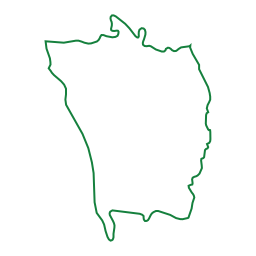 outline of Vaslui
{"feature_id": "ROU-316", "entity_name": "Vaslui", "entity_type": "County", "adm_level": 1, "iso_a3": "ROU", "parent_name": "Romania", "parent_adm1": "", "projection": "orthographic", "projection_center": [27.841, 46.485], "detail": "fine", "context": "isolated", "style": "outline", "palette": "green", "viewbox_px": 256, "rotation_deg": 0, "n_neighbors": 0, "source": "natural_earth", "source_scale": "10m", "svg_char_len": 2302}
<svg xmlns="http://www.w3.org/2000/svg" viewBox="0 0 256 256"><path d="M190.3,45.6L190.1,47.5L192.7,53.9L199.1,64.9L199.1,69.2L208.0,87.0L209.7,93.2L209.8,94.1L210.2,96.6L210.2,99.7L209.1,102.2L207.6,105.1L206.8,108.4L208.2,112.2L206.7,113.2L206.1,115.0L205.8,123.6L206.2,125.4L208.2,129.5L208.9,130.1L209.6,129.9L210.1,130.1L210.3,132.0L210.4,139.1L210.2,141.1L209.3,142.8L207.0,144.0L208.2,147.1L207.5,148.4L207.2,148.5L206.0,149.0L205.0,150.1L204.1,157.2L203.3,158.1L201.4,158.8L201.1,160.5L201.7,165.2L201.9,168.0L201.6,168.8L199.5,173.6L197.6,175.5L196.1,176.3L194.3,176.8L192.7,177.7L192.1,179.3L192.6,183.2L192.3,184.5L190.5,184.9L188.6,185.8L188.9,187.8L191.8,192.6L192.9,193.9L193.8,195.5L194.3,197.5L192.5,202.9L191.6,208.6L188.9,216.4L188.5,217.6L188.4,217.7L187.9,218.0L182.6,219.2L180.2,219.1L176.1,218.1L170.2,214.9L158.2,211.0L155.9,211.0L153.4,212.2L151.8,213.5L150.6,215.3L149.0,218.6L148.0,220.1L146.7,220.9L145.0,221.0L143.9,219.6L143.6,217.9L143.6,216.1L142.3,214.8L139.8,213.8L112.4,210.4L110.2,211.7L109.6,213.2L109.8,215.0L113.1,221.2L114.0,223.3L114.5,225.4L114.4,227.6L113.5,233.8L113.5,237.3L113.1,238.7L112.6,239.7L111.7,240.3L110.5,240.6L108.9,239.4L107.5,236.9L105.6,231.1L104.1,224.5L102.2,220.4L96.7,212.9L94.6,202.3L93.6,173.1L91.9,162.4L88.3,148.1L82.5,133.9L66.1,104.8L65.4,99.6L66.0,94.4L66.0,88.7L64.1,84.6L61.1,81.2L54.0,75.1L51.8,72.7L50.9,71.2L48.7,68.3L50.5,64.6L50.4,62.0L49.9,58.3L46.5,48.6L45.6,41.3L63.8,42.7L75.7,40.7L78.6,40.7L81.6,41.6L84.4,42.7L88.3,43.6L91.1,43.4L96.9,41.5L98.6,40.0L99.7,38.2L100.4,36.5L101.5,35.0L103.6,35.1L106.4,36.2L112.4,37.3L115.5,36.9L117.5,35.8L118.2,34.3L118.5,32.9L118.5,31.6L118.0,30.8L117.0,30.6L114.1,31.0L112.3,30.8L111.3,30.2L111.0,29.0L111.8,25.7L111.9,23.7L111.6,21.9L110.9,20.3L110.5,18.5L110.7,16.9L112.0,15.4L113.7,15.4L115.8,16.4L125.2,23.8L129.5,28.4L135.5,36.2L137.3,37.5L138.3,37.4L138.8,36.2L138.7,34.1L138.8,31.8L139.5,29.7L141.6,28.2L143.6,28.5L144.9,29.8L145.5,32.1L145.4,34.6L144.0,39.3L143.2,41.3L142.8,43.0L143.0,44.7L144.6,46.0L146.7,46.2L149.2,45.8L150.9,46.3L155.9,49.5L161.7,51.5L164.0,51.5L165.4,50.4L165.9,48.9L167.9,47.7L169.2,47.9L170.7,48.8L172.1,50.2L174.0,51.1L175.9,51.0L177.3,50.1L178.4,49.1L181.1,47.4L189.0,46.3L190.2,45.7L190.3,45.6Z" fill="none" stroke="#15803d" stroke-width="2"/></svg>